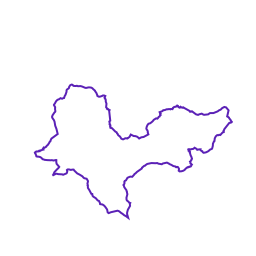 Soars, Brasov, Romania (Robinson projection), rotated 320°
{"feature_id": "2599482B91433011273091", "entity_name": "Soars", "entity_type": "district", "adm_level": 2, "iso_a3": "ROU", "parent_name": "Romania", "parent_adm1": "Brasov", "projection": "robinson", "projection_center": [24.929, 45.96], "detail": "fine", "context": "isolated", "style": "outline", "palette": "violet", "viewbox_px": 256, "rotation_deg": 320, "n_neighbors": 0, "source": "geoboundaries", "source_scale": "gbopen_adm2", "svg_char_len": 5850}
<svg xmlns="http://www.w3.org/2000/svg" viewBox="0 0 256 256"><g transform="rotate(320 128 128)"><path d="M194.3,192.7L196.9,192.3L198.3,192.4L198.6,192.6L199.0,191.8L199.5,191.9L199.8,191.5L201.1,190.8L208.8,189.2L209.0,189.2L209.8,189.8L210.9,190.2L211.2,190.2L211.5,190.0L211.4,189.0L211.7,188.1L211.8,185.5L212.0,185.0L211.9,184.1L211.6,183.6L211.4,182.9L216.4,179.1L216.4,175.3L215.3,173.8L213.0,173.3L210.7,173.5L209.3,173.0L207.4,172.9L203.1,171.5L200.8,169.6L200.1,169.2L198.2,169.1L194.9,166.9L194.3,166.2L194.2,165.7L193.7,164.4L191.4,163.3L190.1,163.0L188.9,161.3L187.8,156.6L187.6,156.7L186.7,155.8L186.0,155.5L186.0,155.3L186.3,155.2L186.3,154.9L183.9,148.7L183.7,147.9L183.1,147.9L183.3,147.8L183.2,147.4L183.1,147.8L182.8,147.5L182.7,147.0L182.1,146.6L182.2,146.4L181.4,145.8L181.5,145.6L180.9,145.6L180.9,145.3L180.5,145.2L180.4,144.8L180.2,144.7L180.1,144.2L180.1,143.3L180.4,143.1L180.1,142.4L179.0,142.6L178.5,142.3L178.2,142.4L177.0,141.6L175.4,141.5L175.0,141.9L174.6,141.9L174.2,142.1L173.9,141.6L173.5,141.5L172.8,140.9L172.5,140.9L172.4,140.5L171.6,140.0L171.1,139.5L170.5,139.3L170.4,139.1L169.6,138.5L167.7,137.9L166.4,137.0L165.3,137.2L162.4,136.2L162.2,136.8L162.4,137.4L162.3,137.9L161.5,138.0L161.3,138.4L161.3,138.7L161.1,138.6L160.4,139.1L159.6,139.5L158.7,139.2L157.1,139.7L156.5,139.7L155.8,138.7L153.0,138.3L151.2,138.7L149.1,138.7L147.9,138.6L146.4,137.9L144.7,138.3L143.1,139.1L141.7,140.2L141.3,141.3L141.4,142.0L141.1,143.0L140.5,144.0L140.2,144.2L139.5,146.0L134.2,144.9L132.2,143.7L129.8,143.2L129.7,142.0L129.3,140.3L128.3,138.8L127.2,137.8L125.9,134.8L123.5,135.8L121.6,135.7L121.2,135.4L120.8,135.6L119.3,134.1L117.3,133.7L116.9,133.5L116.5,132.9L116.0,131.8L116.3,130.2L116.3,128.7L116.0,128.0L115.9,127.0L116.3,125.9L116.1,125.1L116.5,124.2L116.5,123.9L116.0,122.7L115.6,117.8L115.0,117.1L115.1,116.8L114.9,116.6L115.1,116.2L114.9,116.1L115.3,115.6L115.4,115.1L116.3,114.6L116.4,113.9L116.2,113.5L116.3,113.2L116.9,112.8L117.9,111.0L119.1,111.0L124.5,102.9L125.3,102.5L124.9,102.0L125.1,101.7L124.8,101.3L124.9,100.8L124.3,100.3L124.4,100.0L124.3,99.7L124.6,99.5L124.6,98.0L127.1,95.6L128.0,93.4L129.1,92.0L129.2,91.4L129.5,90.8L129.3,90.5L129.5,90.3L129.5,89.7L131.2,88.9L130.7,87.9L129.8,87.0L128.8,86.8L127.2,86.2L126.4,85.8L125.6,85.0L125.2,83.6L125.5,83.3L126.3,80.8L126.5,78.5L126.7,78.1L126.3,75.7L126.3,74.8L125.9,73.6L124.9,72.4L123.7,71.4L122.0,70.6L121.1,69.8L119.5,66.7L118.6,65.4L116.5,63.8L116.0,62.8L115.1,62.4L113.5,60.9L113.2,60.1L113.3,59.4L113.0,58.8L112.7,58.5L111.3,58.1L109.5,58.6L108.2,59.5L105.8,59.3L105.1,59.7L104.1,60.8L101.9,62.1L101.7,62.3L100.1,62.8L98.3,63.9L97.9,63.6L96.3,63.2L95.5,61.8L93.5,61.6L92.2,61.1L91.5,61.1L90.0,61.3L87.8,62.2L86.2,62.6L86.0,62.8L85.6,65.2L84.2,66.7L83.2,68.4L82.6,68.8L81.7,68.8L78.3,69.8L76.9,70.7L76.5,71.9L76.3,74.4L75.8,75.9L73.7,79.5L72.6,82.7L70.3,87.4L62.5,86.9L60.4,87.9L60.0,88.3L58.9,88.3L57.9,88.8L56.9,89.1L56.6,89.1L55.9,89.4L54.3,89.4L53.3,89.8L53.0,89.6L51.2,89.5L50.9,89.2L50.8,88.8L48.9,89.4L49.6,89.8L49.4,90.2L48.5,89.7L46.5,89.1L46.5,88.8L46.4,88.7L46.0,88.7L45.6,88.9L45.3,88.4L44.7,88.6L44.4,88.4L44.3,88.1L43.8,88.0L42.8,87.1L42.4,87.0L42.0,87.1L41.8,86.9L40.8,87.0L40.6,87.6L40.7,88.2L40.3,88.9L40.1,89.9L39.6,90.8L40.0,91.5L41.1,92.5L42.1,93.9L42.5,95.3L42.5,97.0L43.2,97.8L43.5,98.6L45.3,100.5L48.0,103.0L48.9,103.6L49.6,104.4L50.0,105.0L52.4,106.3L52.5,106.5L51.3,107.8L50.3,109.5L50.3,113.6L48.6,114.0L47.5,114.0L43.3,114.5L40.7,115.8L39.6,115.9L43.3,116.7L44.0,117.2L44.9,118.5L47.8,121.2L48.2,122.1L51.6,123.2L52.3,123.1L53.5,122.3L54.2,120.9L55.0,120.9L55.6,121.3L56.5,122.2L57.2,123.3L58.6,124.1L59.6,124.9L59.5,126.1L59.9,130.1L61.0,132.7L62.0,135.7L62.0,137.3L62.2,138.3L63.7,140.3L63.3,142.7L62.9,143.3L61.2,144.5L60.4,146.1L60.2,146.1L60.2,146.3L58.8,148.1L58.5,150.6L57.7,154.3L57.6,154.9L58.2,155.6L57.3,157.0L57.3,158.3L58.2,161.1L58.2,163.9L58.9,165.4L58.4,166.9L58.4,167.2L57.7,168.4L59.3,170.2L59.8,171.9L59.9,173.5L59.6,177.0L58.2,179.6L58.5,180.8L60.7,181.5L66.8,184.6L67.5,185.7L67.8,186.7L68.2,189.0L68.6,190.0L69.0,192.3L69.8,194.3L70.4,196.9L72.0,193.3L73.1,192.1L75.4,190.5L79.5,189.0L80.2,187.9L81.0,187.1L81.5,186.9L81.4,186.7L81.1,186.6L80.9,186.1L81.0,184.8L80.6,182.9L80.8,182.0L82.0,180.4L85.0,178.3L85.7,176.8L86.2,176.2L86.2,175.8L86.8,174.7L87.1,171.0L87.9,169.3L87.8,168.9L88.1,168.6L88.8,168.6L89.6,168.2L90.1,167.8L90.2,167.4L90.8,166.7L91.5,166.5L92.8,166.8L95.6,165.8L97.7,166.4L98.6,166.8L99.9,168.1L102.8,167.7L103.5,167.4L104.5,167.6L106.6,167.4L112.5,167.9L113.2,167.4L116.0,167.4L116.8,167.8L117.5,167.7L119.6,167.9L123.4,169.9L126.7,172.9L127.6,173.4L128.0,173.8L128.3,174.8L130.6,177.5L131.9,177.6L135.5,179.5L135.9,180.1L136.0,180.6L136.5,181.6L136.5,182.1L137.6,184.3L138.2,186.2L139.6,188.0L139.6,188.9L139.8,189.1L140.2,189.1L141.0,189.7L141.1,189.9L141.0,191.1L140.8,192.1L139.4,193.3L139.6,194.4L141.3,195.6L143.0,196.3L144.6,196.5L145.2,196.3L147.3,196.2L148.4,196.3L150.5,197.2L150.1,197.3L151.4,197.8L152.6,197.4L153.0,197.1L153.4,197.0L153.3,196.7L153.0,196.6L153.3,196.1L153.1,195.2L153.6,194.7L153.9,193.6L154.4,193.7L155.8,193.4L156.3,192.9L157.1,192.8L157.4,192.5L157.5,192.0L158.0,190.9L158.4,189.2L159.4,187.0L159.4,186.8L160.1,186.3L160.2,186.0L159.9,185.7L160.3,185.2L159.8,184.6L160.0,184.4L160.5,184.6L160.6,184.2L160.2,183.4L160.4,183.1L160.8,183.2L161.4,183.7L161.8,184.3L163.1,185.1L163.5,185.2L164.3,185.8L164.9,186.0L166.3,185.9L167.1,188.1L167.0,189.2L168.8,190.1L169.8,190.9L169.4,191.2L169.3,191.6L169.6,193.0L170.0,193.5L169.7,194.6L170.0,195.6L171.9,196.7L173.3,197.1L174.7,197.4L177.0,197.3L178.9,197.9L179.4,197.7L181.5,196.2L183.1,194.5L184.4,194.0L185.1,193.5L185.8,193.6L187.6,191.9L187.8,191.7L189.9,190.8L191.8,190.8L192.7,191.7L193.4,191.8L193.6,192.1L194.1,192.3L194.3,192.7Z" fill="none" stroke="#5b21b6" stroke-width="2"/></g></svg>